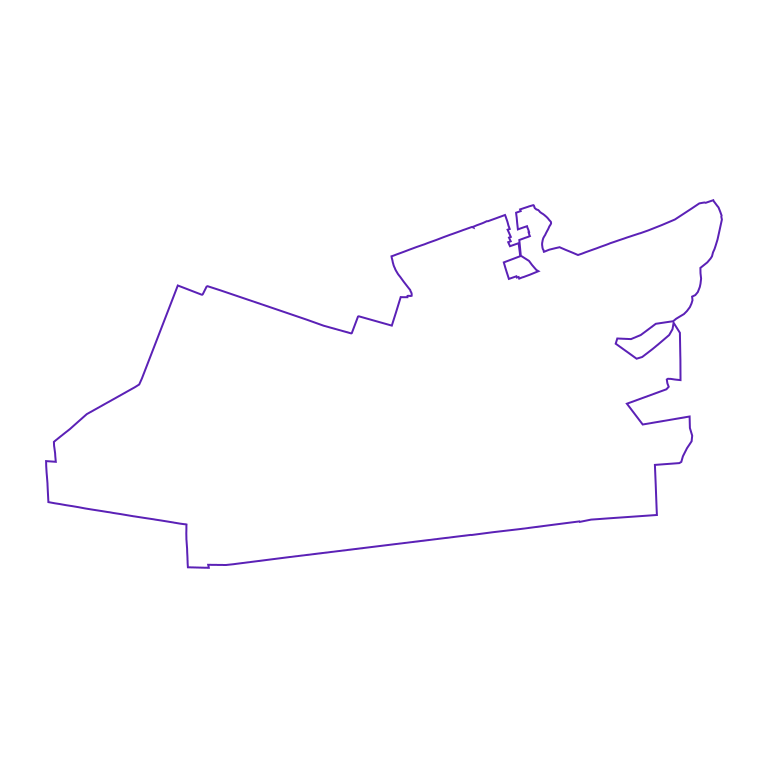 the district of Scarisoara, Olt, Romania
{"feature_id": "2599482B52878080554645", "entity_name": "Scarisoara", "entity_type": "district", "adm_level": 2, "iso_a3": "ROU", "parent_name": "Romania", "parent_adm1": "Olt", "projection": "equal_earth", "projection_center": [24.562, 43.983], "detail": "fine", "context": "isolated", "style": "outline", "palette": "violet", "viewbox_px": 768, "rotation_deg": 0, "n_neighbors": 0, "source": "geoboundaries", "source_scale": "gbopen_adm2", "svg_char_len": 5508}
<svg xmlns="http://www.w3.org/2000/svg" viewBox="0 0 768 768"><path d="M656.9,515.0L656.6,508.3L655.7,484.3L654.9,464.9L679.3,463.1L681.3,461.9L682.9,456.3L687.0,448.2L691.6,441.3L692.2,435.7L689.9,428.0L689.6,416.5L642.7,424.5L626.9,403.7L660.9,391.3L666.4,389.3L668.7,386.8L667.4,383.4L666.8,379.5L667.9,378.8L670.8,378.9L674.8,379.5L675.7,379.6L676.5,379.7L680.5,380.1L680.5,379.9L680.5,377.8L680.4,359.6L680.3,355.2L679.9,332.8L673.6,322.8L672.5,329.2L669.2,335.0L661.6,341.5L658.9,343.8L652.6,349.0L642.2,357.0L636.6,358.7L615.7,343.7L617.3,338.5L631.0,339.1L640.8,335.0L655.8,323.8L673.2,321.2L676.1,318.8L679.7,316.6L683.9,314.1L686.9,311.1L689.9,307.1L691.5,303.5L692.5,300.2L692.1,296.6L695.3,295.1L697.8,292.1L699.8,287.0L700.5,283.7L701.1,278.6L700.5,273.2L700.4,267.9L707.3,262.4L710.6,258.5L712.0,256.3L713.0,252.4L714.5,249.1L715.5,246.1L717.5,239.6L718.9,233.3L721.9,219.5L721.3,216.7L721.6,215.6L720.3,211.9L718.5,207.4L717.1,205.7L714.5,202.2L713.8,201.4L713.3,200.2L709.2,201.6L705.7,202.8L704.4,202.5L702.0,202.9L699.3,203.4L692.0,208.3L674.9,219.5L661.7,225.1L648.3,230.4L640.1,233.3L639.5,233.4L637.7,234.0L633.1,235.5L629.8,236.6L627.0,237.5L624.2,238.5L619.1,240.2L614.2,241.9L610.0,243.3L608.6,243.9L605.4,245.1L600.6,246.8L596.4,248.4L593.8,249.3L589.6,250.8L585.7,252.2L582.1,253.6L578.0,255.0L576.3,254.3L572.6,252.7L568.7,251.1L565.5,249.8L563.0,248.7L561.1,247.9L559.6,247.2L558.8,247.4L555.7,248.1L552.8,248.8L549.2,249.7L546.7,250.7L544.3,251.7L543.9,251.8L543.7,251.2L543.6,250.3L543.2,249.6L542.8,249.0L542.6,248.2L542.4,247.2L542.3,246.2L542.1,245.0L542.1,243.8L542.2,242.7L542.4,241.8L542.5,241.1L542.7,240.1L543.0,239.0L543.4,237.9L543.9,237.0L544.6,235.8L545.2,234.9L545.4,234.5L545.8,233.5L546.3,232.6L546.9,231.4L547.8,229.8L548.3,228.8L548.8,227.7L549.3,226.5L549.7,225.9L550.3,225.0L550.6,224.4L551.0,223.7L551.1,223.1L551.0,222.5L550.9,222.0L550.8,221.7L550.4,221.3L549.7,220.5L549.2,220.0L548.6,219.2L548.1,218.6L547.7,218.1L546.9,217.3L546.2,216.6L545.3,215.9L544.7,215.3L543.9,214.7L543.5,214.4L542.7,213.8L541.8,213.3L541.2,212.9L540.7,212.5L540.4,212.3L540.1,212.1L539.3,211.1L539.0,210.8L538.5,210.3L538.1,210.0L537.5,209.8L536.3,209.4L535.8,208.9L534.9,208.2L534.5,207.6L534.4,207.0L534.0,205.9L533.8,205.5L533.5,205.2L533.1,205.2L531.8,205.6L530.7,205.9L529.7,206.2L528.7,206.5L527.7,206.9L526.7,207.2L526.1,207.4L524.9,207.8L523.9,208.1L522.5,208.6L521.3,209.0L520.1,209.4L520.7,211.1L516.1,212.7L516.2,213.9L516.7,217.6L517.0,221.1L517.2,223.2L517.9,229.4L519.3,228.9L521.2,228.2L523.2,227.5L525.3,226.8L527.0,226.2L527.6,228.1L528.2,229.4L529.1,232.1L528.6,232.3L529.0,233.5L529.4,235.0L529.9,236.1L527.7,237.0L525.3,237.8L519.3,240.0L520.8,255.7L529.0,260.9L529.6,261.7L531.9,264.8L534.2,267.5L536.4,270.0L538.4,271.2L529.9,274.7L523.1,277.2L522.5,277.3L519.2,278.6L518.6,277.0L516.8,277.5L516.4,276.3L508.9,278.9L506.7,272.1L505.3,267.6L503.8,262.4L518.1,257.0L520.2,256.2L519.8,252.4L518.6,243.2L510.0,246.2L508.2,242.2L510.7,241.3L509.0,237.6L510.8,236.9L509.9,234.9L509.4,233.7L507.6,229.7L509.7,229.0L508.8,226.5L508.5,225.8L508.0,223.9L507.5,222.0L506.7,219.6L506.4,218.8L505.6,216.4L505.0,215.0L501.2,216.4L498.7,217.3L496.0,218.3L493.5,219.2L491.8,219.8L488.0,221.2L486.8,221.2L484.3,222.4L482.7,223.1L481.1,223.7L479.2,224.4L476.7,225.3L474.2,226.4L473.0,226.8L473.3,227.5L472.6,227.2L472.2,227.1L471.8,227.0L471.2,227.2L469.3,227.9L467.3,228.6L465.4,229.3L463.3,230.0L461.5,230.7L460.1,231.2L457.9,232.0L455.4,232.9L452.6,233.9L449.7,234.9L447.3,235.8L444.8,236.7L441.9,237.8L438.8,239.0L436.2,240.0L433.4,241.0L430.3,242.1L427.8,243.0L424.5,244.3L421.8,245.2L419.8,245.9L416.6,247.0L413.1,248.3L409.3,249.7L404.6,251.5L400.3,253.1L396.7,254.4L393.6,255.6L391.5,256.3L391.8,258.0L392.5,260.7L392.8,262.4L393.2,263.7L393.6,265.3L394.2,266.8L395.1,268.7L395.2,269.2L396.4,271.4L396.8,272.0L397.3,272.9L397.9,273.9L398.7,275.0L400.3,277.0L402.6,280.2L404.0,282.1L408.5,287.9L410.2,290.0L410.6,291.4L411.2,292.3L411.6,293.5L411.7,295.1L411.6,295.8L411.0,295.9L410.4,296.0L408.5,295.8L407.6,295.9L407.4,296.1L407.4,297.2L406.6,297.2L403.4,297.2L400.7,297.1L395.9,312.7L391.8,325.6L358.8,316.3L358.0,316.6L351.8,333.1L351.2,333.4L323.6,325.7L307.4,319.9L276.9,309.5L225.0,291.9L220.3,290.3L207.6,286.2L206.6,286.6L202.8,294.2L202.3,294.7L201.7,294.7L187.2,289.1L177.8,285.5L173.8,295.9L141.9,378.5L139.2,384.5L134.9,387.2L129.7,390.1L86.8,414.1L79.1,420.9L73.8,425.6L70.0,429.0L64.9,433.0L60.0,436.9L55.4,440.6L53.9,441.9L54.1,446.0L54.3,447.2L55.1,453.2L55.3,456.5L55.4,457.5L55.8,461.8L46.1,461.1L46.2,466.0L46.6,472.6L47.0,477.3L47.5,483.7L47.5,484.4L47.8,490.7L48.4,502.1L54.9,503.3L59.5,504.0L66.2,505.2L72.7,506.2L76.8,506.9L78.6,507.2L84.9,508.4L91.0,509.4L95.5,510.1L102.0,511.1L107.5,512.0L109.8,512.3L113.5,513.0L120.1,514.0L131.9,516.0L133.7,516.3L134.5,516.4L144.9,518.0L153.7,519.3L155.3,519.6L161.2,520.5L173.5,522.5L174.3,522.7L175.2,522.8L176.9,523.1L179.9,523.6L184.3,524.2L185.7,524.3L186.1,524.4L186.5,524.5L186.4,526.1L186.4,529.3L186.3,533.3L186.4,537.7L186.4,539.3L186.5,540.2L186.9,546.1L187.1,548.7L187.2,552.4L187.4,556.2L187.5,558.8L187.5,560.0L187.6,560.7L187.6,562.2L187.7,564.3L187.9,567.3L192.3,567.4L203.6,567.7L208.8,567.8L208.7,567.1L208.2,564.8L226.0,565.0L233.6,564.2L236.5,563.8L290.0,557.0L371.0,547.1L395.4,544.1L470.8,534.9L471.6,535.0L493.0,532.2L519.7,529.1L552.9,524.8L579.4,521.4L579.7,521.9L591.1,519.6L598.3,519.1L607.8,518.4L655.2,515.1L656.9,515.0Z" fill="none" stroke="#5b21b6" stroke-width="2"/></svg>